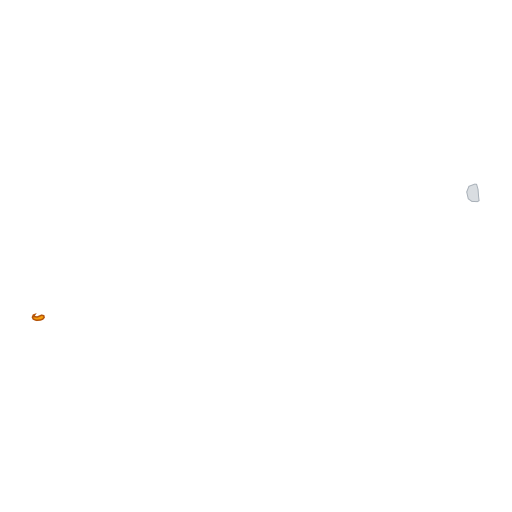 Palmerston highlighted on a map of Cook Islands, rotated 254°
{"feature_id": "COK-4956", "entity_name": "Palmerston", "entity_type": "state/province", "adm_level": 1, "iso_a3": "COK", "parent_name": "Cook Islands", "parent_adm1": "", "projection": "robinson", "projection_center": [-159.781, -18.858], "detail": "fine", "context": "in_parent", "style": "filled", "palette": "amber", "viewbox_px": 512, "rotation_deg": 254, "n_neighbors": 0, "source": "natural_earth", "source_scale": "10m", "svg_char_len": 552}
<svg xmlns="http://www.w3.org/2000/svg" viewBox="0 0 512 512"><g transform="rotate(254 256 256)"><path d="M264.1,487.8L258.8,487.8L252.1,486.4L247.7,485.7L247.2,483.9L249.0,478.5L252.5,475.8L259.5,476.2L264.3,479.9L264.8,486.1L264.1,487.8Z" fill="#d9dde1" stroke="#a8b0b8" stroke-width="1"/><path d="M256.8,24.5L258.8,24.2L260.6,25.7L260.7,27.3L260.1,26.6L259.8,25.4L259.3,25.2L257.7,28.7L257.7,29.4L258.2,33.6L257.1,35.5L255.3,35.4L254.1,33.6L253.9,31.2L254.6,27.5L255.3,26.3L256.8,24.5Z" fill="#f59e0b" stroke="#b45309" stroke-width="1.5"/></g></svg>